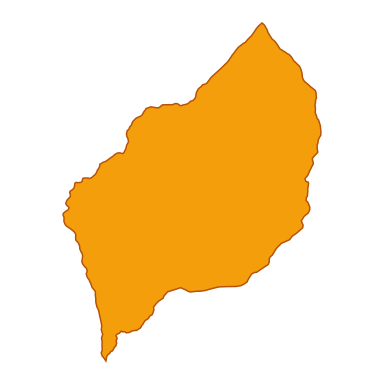 outline of Tendu, Samchi, Bhutan
{"feature_id": "84629894B47921188785963", "entity_name": "Tendu", "entity_type": "district", "adm_level": 2, "iso_a3": "BTN", "parent_name": "Bhutan", "parent_adm1": "Samchi", "projection": "mercator", "projection_center": [88.91, 27.157], "detail": "fine", "context": "isolated", "style": "filled", "palette": "amber", "viewbox_px": 384, "rotation_deg": 0, "n_neighbors": 0, "source": "geoboundaries", "source_scale": "gbopen_adm2", "svg_char_len": 5862}
<svg xmlns="http://www.w3.org/2000/svg" viewBox="0 0 384 384"><path d="M91.0,284.4L92.2,287.6L93.1,288.6L95.3,291.4L95.4,293.2L95.3,295.3L95.8,298.9L95.8,302.2L96.9,306.8L98.6,310.4L99.6,315.5L100.5,319.3L101.3,323.1L101.8,325.8L101.3,329.8L102.7,334.5L101.5,338.0L102.2,342.0L102.0,344.8L102.1,347.3L102.2,350.1L101.2,352.8L102.2,356.0L104.2,358.4L105.9,361.0L106.3,359.1L106.5,357.6L106.8,356.6L107.0,356.0L107.6,354.9L108.2,354.4L109.4,353.6L110.1,352.7L110.4,352.1L111.2,351.3L112.1,351.1L112.7,350.5L113.2,349.8L113.6,348.9L114.2,347.7L115.2,346.6L115.7,346.1L116.2,344.9L116.5,343.7L116.7,343.1L116.4,342.3L116.3,341.5L116.2,340.9L116.5,340.1L116.7,339.5L117.1,338.8L117.0,338.2L116.7,336.9L116.1,336.2L116.0,335.4L116.4,334.9L117.5,334.0L118.4,333.6L119.5,333.1L120.6,331.8L121.2,331.1L122.3,331.8L123.2,331.9L123.9,331.7L124.8,331.8L125.5,332.3L126.3,332.8L127.3,332.7L128.9,332.5L130.2,332.0L131.8,331.2L132.4,330.9L133.2,330.7L133.8,330.6L135.3,330.5L136.0,330.4L136.9,330.3L137.8,329.6L138.3,329.2L139.0,328.8L140.0,328.3L141.2,326.8L141.4,326.0L142.1,325.2L143.0,324.1L143.7,322.8L144.9,320.9L145.5,320.2L146.1,320.0L147.0,319.5L148.4,318.4L148.9,317.6L149.6,316.4L150.1,315.8L150.9,315.4L152.0,314.8L152.3,314.3L152.7,313.6L153.9,309.9L153.6,306.9L156.9,302.9L158.7,301.1L163.2,298.1L164.0,296.0L167.5,291.9L177.2,288.8L180.5,287.7L184.8,289.5L187.9,291.2L190.2,292.0L196.2,291.3L201.0,291.1L204.7,290.6L212.7,288.4L218.9,286.9L226.9,286.6L235.8,286.5L240.8,285.7L244.4,283.9L247.1,281.9L247.9,280.0L249.6,277.1L251.2,274.7L251.9,273.8L254.1,272.6L256.8,272.2L260.8,269.4L266.7,265.5L268.2,264.5L269.3,261.8L269.3,259.7L269.3,258.5L270.3,256.8L272.5,254.9L273.7,252.8L276.5,248.3L278.0,246.8L281.4,243.3L283.3,242.5L289.6,239.7L292.3,236.1L296.3,233.4L299.1,231.0L302.7,227.7L303.1,225.2L301.3,220.9L304.1,216.4L308.0,213.2L308.8,211.8L309.5,210.3L309.8,208.9L309.8,207.2L308.3,203.3L307.5,201.8L306.1,200.7L306.3,197.9L307.3,196.3L307.6,193.7L307.8,190.9L307.7,189.2L308.6,183.4L308.2,182.1L306.7,181.7L306.0,181.5L305.3,180.0L305.1,178.3L306.9,176.5L308.0,174.9L309.4,171.6L312.1,166.0L313.2,164.3L313.2,163.6L313.2,162.9L313.0,161.6L312.5,159.7L312.4,158.3L314.8,155.4L317.7,152.5L317.7,151.1L317.3,149.9L317.2,148.2L317.1,145.0L317.7,143.7L318.0,142.1L318.5,139.4L319.7,137.0L320.8,135.1L320.9,132.1L320.6,128.4L320.3,125.6L318.6,120.2L316.8,117.7L316.7,116.6L315.8,114.3L315.2,112.7L315.4,109.4L315.4,107.7L315.1,106.6L315.1,105.2L315.1,104.1L315.6,102.0L315.5,100.4L316.0,98.9L316.5,98.0L316.4,97.3L316.3,96.6L316.1,95.5L316.1,93.1L315.4,90.7L314.1,89.5L310.4,86.6L307.4,83.9L304.4,81.4L303.3,79.6L302.5,77.8L302.3,75.8L302.0,73.5L301.8,72.4L300.5,68.2L299.4,66.2L297.1,64.0L295.5,62.3L294.0,61.1L291.6,57.3L290.3,55.7L289.0,54.5L287.2,53.6L285.0,52.0L283.4,51.0L281.0,49.6L280.0,48.9L278.4,46.4L277.5,44.9L276.3,43.2L275.1,41.6L274.1,40.7L272.1,39.0L269.8,35.5L268.1,32.8L267.2,30.1L266.2,28.2L264.8,25.7L264.2,24.9L263.3,24.0L261.9,23.0L258.3,26.3L256.3,28.7L255.1,30.6L253.7,32.6L251.5,35.7L247.7,39.5L245.2,42.5L243.9,43.0L238.2,47.4L235.3,51.1L234.1,52.8L232.3,55.0L231.5,56.3L227.7,61.8L221.6,67.8L211.0,77.5L209.9,79.0L208.8,80.5L208.0,81.6L206.7,83.3L206.0,83.7L204.8,84.2L202.7,84.7L200.7,87.0L199.4,87.9L198.2,89.2L197.8,89.8L196.5,92.4L196.1,94.0L195.7,96.5L195.4,97.5L194.9,98.6L194.2,99.3L192.8,100.6L191.1,101.0L190.2,101.5L189.0,102.8L187.9,103.6L186.4,104.2L185.2,104.5L183.4,104.9L182.3,105.3L181.1,105.5L180.4,105.6L179.8,105.4L178.5,104.3L177.5,103.8L176.4,103.6L175.6,103.5L174.5,103.9L172.7,104.5L171.6,104.9L170.4,104.7L169.6,104.6L167.8,104.8L166.2,104.7L165.0,104.8L163.3,104.8L162.6,104.8L161.4,105.7L159.7,107.1L159.1,107.5L158.1,107.8L157.2,107.8L156.2,107.7L154.1,107.4L153.3,107.2L151.4,106.9L150.4,106.9L148.9,107.6L147.7,108.0L146.0,108.5L145.5,109.7L143.7,112.0L142.7,114.0L141.9,115.1L141.2,115.7L140.6,116.2L138.9,116.9L138.0,117.3L137.1,117.7L136.5,118.0L136.0,118.3L134.9,119.2L134.2,120.1L132.9,121.4L132.0,123.1L131.8,124.1L131.3,125.3L130.1,126.4L129.5,127.4L129.3,128.2L128.8,129.3L128.2,129.9L127.3,130.4L127.0,131.7L126.6,133.2L126.5,134.1L126.6,135.0L126.9,136.6L127.9,138.6L128.1,139.5L128.3,140.6L128.4,141.6L128.2,142.5L127.5,143.7L126.9,144.7L126.5,145.7L126.1,147.8L125.8,148.8L124.3,151.8L123.8,152.6L123.1,153.4L122.3,153.5L120.0,152.9L119.1,152.9L118.0,152.9L116.4,153.5L113.9,155.3L112.9,156.3L111.0,157.5L108.6,159.3L106.7,160.8L105.3,161.5L103.1,162.3L100.9,163.7L100.0,164.1L99.7,164.8L99.7,165.7L99.6,166.4L99.3,167.3L98.6,168.5L98.2,169.0L97.4,170.0L97.3,170.6L96.9,171.6L95.8,173.7L95.3,174.4L92.8,176.5L91.7,177.6L91.1,177.9L90.1,178.3L89.2,178.5L88.4,178.1L87.5,178.0L83.8,178.0L83.0,178.3L82.5,179.3L82.4,180.0L82.2,180.8L82.0,181.4L81.5,181.9L80.8,182.4L78.8,182.6L77.8,182.6L77.1,182.6L75.9,182.4L74.9,183.2L74.7,184.6L74.6,185.6L74.3,187.0L74.1,187.8L73.2,188.9L72.3,189.7L70.8,190.8L69.9,191.4L69.7,192.5L70.0,193.4L70.3,194.2L70.3,194.9L70.3,195.7L70.2,196.8L69.5,197.5L68.1,198.9L67.2,200.0L66.6,201.2L66.3,201.8L66.1,202.4L65.8,203.5L66.7,205.3L67.2,205.8L67.9,206.1L68.4,206.6L68.9,207.6L68.7,208.6L68.2,209.7L67.2,210.4L65.3,211.6L63.6,213.1L63.1,213.9L63.2,215.7L63.7,216.6L64.0,217.3L64.0,218.1L64.0,219.2L63.9,220.9L64.1,221.8L64.9,223.8L65.4,224.9L66.9,226.4L69.7,228.2L71.5,229.6L72.5,230.4L74.0,231.6L74.8,232.8L75.6,233.9L75.8,235.4L75.6,237.1L75.6,237.9L75.8,239.6L76.0,240.3L76.7,241.2L77.7,242.1L78.1,242.6L78.9,244.1L79.2,245.1L79.5,245.8L79.7,246.7L79.7,247.4L79.7,248.3L80.2,249.9L80.7,250.9L81.0,251.8L81.7,252.6L82.0,253.5L82.6,255.4L82.7,256.1L82.6,256.8L82.2,259.2L81.9,261.0L81.9,261.7L82.1,262.5L82.7,263.9L83.5,265.2L85.2,267.2L85.8,267.7L86.4,268.3L86.8,269.3L87.1,270.6L87.1,271.5L86.7,272.7L86.3,273.6L86.4,274.7L86.9,276.2L87.6,277.8L88.7,279.4L89.1,279.9L90.1,282.3L91.0,283.7L91.0,284.4Z" fill="#f59e0b" stroke="#b45309" stroke-width="1.5"/></svg>